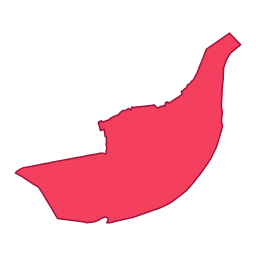 outline of Duyen Hai, Trà Vinh, Vietnam
{"feature_id": "81297802B81116648730753", "entity_name": "Duyen Hai", "entity_type": "district", "adm_level": 2, "iso_a3": "VNM", "parent_name": "Vietnam", "parent_adm1": "Trà Vinh", "projection": "mercator", "projection_center": [106.448, 9.668], "detail": "fine", "context": "isolated", "style": "filled", "palette": "rose", "viewbox_px": 256, "rotation_deg": 0, "n_neighbors": 0, "source": "geoboundaries", "source_scale": "gbopen_adm2", "svg_char_len": 5280}
<svg xmlns="http://www.w3.org/2000/svg" viewBox="0 0 256 256"><path d="M101.6,120.8L101.2,121.0L100.6,121.1L100.0,121.3L99.8,121.4L99.4,121.6L99.1,121.8L98.8,121.9L98.6,122.0L98.7,122.3L98.8,122.6L98.8,122.8L98.4,123.0L98.4,123.3L98.7,124.1L98.9,124.7L99.0,125.1L99.4,126.1L99.5,126.7L99.7,127.4L99.8,127.9L99.9,128.3L100.1,129.0L100.1,129.5L100.3,130.2L100.4,130.4L100.6,130.5L101.0,130.4L102.0,130.1L102.5,129.9L103.2,129.6L104.0,129.3L104.3,130.9L104.5,131.9L104.6,132.5L104.7,133.6L104.9,135.0L105.1,136.1L105.1,136.3L105.2,136.5L105.4,136.4L105.7,136.4L106.0,136.5L106.4,136.7L106.5,137.0L106.4,137.5L106.3,138.4L106.3,139.0L106.3,139.6L106.4,140.1L106.5,140.6L106.5,141.4L106.5,141.7L106.6,142.4L106.6,142.7L106.6,142.9L106.5,143.0L106.4,143.2L106.2,143.3L106.1,143.6L106.1,143.9L106.1,144.3L106.2,144.6L106.2,144.9L106.2,145.1L106.1,145.3L106.3,145.6L106.4,145.9L106.5,146.1L106.6,146.3L106.5,146.5L106.5,146.9L106.6,147.1L106.7,147.3L106.8,147.6L106.7,147.9L106.7,148.2L106.6,148.4L106.6,148.9L106.4,149.8L106.3,150.1L106.3,150.4L106.3,150.6L106.2,150.9L106.2,151.1L106.1,151.3L106.0,151.8L106.1,152.2L106.1,152.4L106.2,152.7L106.1,152.9L106.0,153.1L106.0,153.3L106.0,153.5L106.0,153.8L105.6,153.8L104.2,153.5L102.7,153.2L101.6,153.1L100.9,153.1L98.0,153.7L93.2,154.6L90.7,155.0L86.4,155.7L84.7,156.2L80.5,157.1L78.4,157.3L74.7,158.0L68.9,159.1L59.8,160.8L55.3,161.6L50.3,162.6L49.4,162.8L46.5,163.4L42.4,164.1L40.7,164.4L39.0,164.9L36.6,165.3L27.8,167.0L25.5,167.4L23.5,167.7L22.3,168.2L19.6,169.5L18.0,170.6L16.8,171.5L15.9,172.3L15.4,173.0L17.1,173.9L18.6,174.7L21.9,176.5L25.3,178.8L30.5,182.1L32.3,183.5L34.3,184.7L36.9,186.1L38.3,187.1L38.8,187.5L39.9,189.3L42.3,192.9L45.6,198.5L48.7,203.6L51.9,208.9L55.0,214.3L57.6,218.5L83.8,221.9L86.4,222.7L90.7,222.3L94.8,221.7L98.3,220.3L101.8,218.2L105.0,217.1L106.6,217.3L108.1,218.6L108.3,219.9L106.9,222.1L106.9,222.8L108.4,222.8L111.3,222.5L115.3,221.3L122.6,219.7L133.1,217.3L151.7,210.8L159.3,208.2L167.0,204.7L172.3,201.6L186.3,190.7L188.9,187.8L192.1,184.2L201.4,172.4L207.7,163.4L210.9,158.4L215.9,148.2L217.3,144.3L221.0,131.9L222.4,126.4L222.4,124.9L221.5,121.7L221.5,119.6L222.4,111.7L221.8,109.5L221.4,105.2L222.3,87.2L223.2,78.6L223.6,68.0L226.4,59.8L230.5,53.0L240.6,44.7L232.8,36.7L229.5,33.2L206.5,49.1L206.2,49.8L204.6,53.8L203.1,57.8L201.5,61.8L199.8,65.9L198.2,70.1L197.0,73.0L196.9,73.3L196.8,73.5L196.2,74.6L195.5,75.9L195.1,76.6L194.8,77.3L194.2,78.5L193.9,78.9L193.7,79.2L193.1,80.0L192.9,80.2L192.7,80.4L192.2,80.8L191.8,81.1L191.5,81.3L191.4,81.5L191.2,81.6L191.0,82.0L190.4,82.9L190.2,83.2L190.0,83.5L189.8,83.7L189.6,83.8L189.3,84.0L189.0,84.1L188.4,84.4L188.1,84.5L187.9,84.6L187.7,84.7L187.6,84.8L187.4,85.0L187.2,85.5L187.1,85.9L186.9,86.5L186.8,87.0L186.7,87.2L186.6,87.5L186.4,87.7L186.1,88.0L185.8,88.2L185.6,88.4L184.8,88.8L184.6,88.9L184.4,89.1L184.2,89.2L184.0,89.5L183.5,90.2L183.3,90.3L183.1,90.5L182.9,90.6L182.7,90.7L182.4,90.9L182.1,91.0L181.5,91.2L181.8,93.8L182.0,94.6L180.8,95.3L179.8,96.0L178.9,96.7L177.0,97.9L175.2,99.0L173.5,100.2L169.9,102.5L168.9,103.1L168.4,102.5L168.3,102.4L168.1,102.3L167.7,102.0L167.4,102.1L167.3,102.3L167.2,102.6L166.8,102.5L166.6,102.4L166.5,102.6L166.5,102.8L166.2,102.9L165.6,102.6L165.4,102.6L165.3,102.8L165.4,103.1L165.5,103.5L165.6,103.8L165.4,104.1L165.3,104.4L165.2,104.6L165.1,105.0L165.1,105.3L165.1,105.7L165.1,105.9L164.9,105.9L164.7,105.7L164.4,105.5L164.2,105.6L163.5,105.8L162.9,106.1L162.1,106.3L161.9,106.2L161.7,106.2L161.4,106.3L161.2,106.5L160.8,106.7L160.6,106.7L160.4,106.7L160.3,106.8L160.1,106.9L160.0,107.0L159.8,107.0L159.6,107.0L159.4,107.0L159.2,107.1L158.7,107.4L158.6,107.6L158.5,107.8L158.4,107.9L158.2,107.9L157.9,107.9L157.7,107.8L157.6,107.7L157.4,107.7L157.2,107.6L156.8,107.5L156.6,107.5L156.4,107.4L156.2,107.4L156.1,107.1L155.8,106.9L155.7,106.6L155.5,106.3L155.4,106.1L155.3,105.8L155.3,105.5L155.2,105.4L154.2,105.2L153.5,105.0L153.4,104.9L153.3,105.0L153.3,105.3L153.1,105.3L152.6,105.3L151.7,105.4L151.1,105.5L150.9,105.5L149.8,105.6L148.9,105.7L147.1,105.9L146.6,105.9L146.3,106.0L145.3,106.1L143.5,106.3L141.6,106.5L139.8,106.7L137.9,106.9L136.1,107.1L133.0,107.4L132.7,107.4L132.4,107.4L132.3,107.2L132.2,107.1L131.9,107.1L131.6,107.2L131.5,107.4L131.5,107.7L131.4,108.0L131.4,108.4L131.3,108.6L131.2,108.9L131.0,109.1L131.0,109.3L131.1,109.6L130.8,109.7L130.6,109.7L130.5,109.8L130.4,109.9L130.3,109.7L130.2,109.5L130.1,109.4L129.9,109.4L129.6,109.2L129.4,109.2L129.2,109.1L129.0,108.9L128.8,108.8L128.7,108.6L128.3,108.5L128.1,108.7L127.5,109.2L127.3,109.3L127.1,109.4L126.9,109.6L126.8,109.8L126.5,110.0L126.2,110.1L125.8,110.3L125.5,110.4L125.2,110.4L124.9,110.5L124.6,110.4L124.3,110.4L123.7,110.4L123.2,110.5L122.8,110.6L122.6,110.8L122.2,111.1L121.8,111.2L121.7,111.3L121.6,111.5L121.4,111.7L121.2,111.7L120.8,112.2L120.6,112.4L120.3,112.7L120.1,112.9L119.8,113.1L119.6,113.3L119.4,113.5L119.0,114.0L119.0,114.3L118.9,114.4L118.9,114.5L118.5,114.7L117.9,114.9L117.2,115.2L115.9,115.7L115.1,116.0L114.1,116.4L113.1,116.9L112.2,117.4L110.2,118.3L110.1,118.6L110.2,118.9L110.3,119.3L109.6,119.5L106.7,120.6L106.1,120.8L105.0,121.2L104.6,121.4L103.4,121.8L102.9,122.0L102.4,122.1L102.1,122.3L102.0,122.2L101.9,121.7L101.8,121.4L101.6,120.8Z" fill="#f43f5e" stroke="#9f1239" stroke-width="1.5"/></svg>